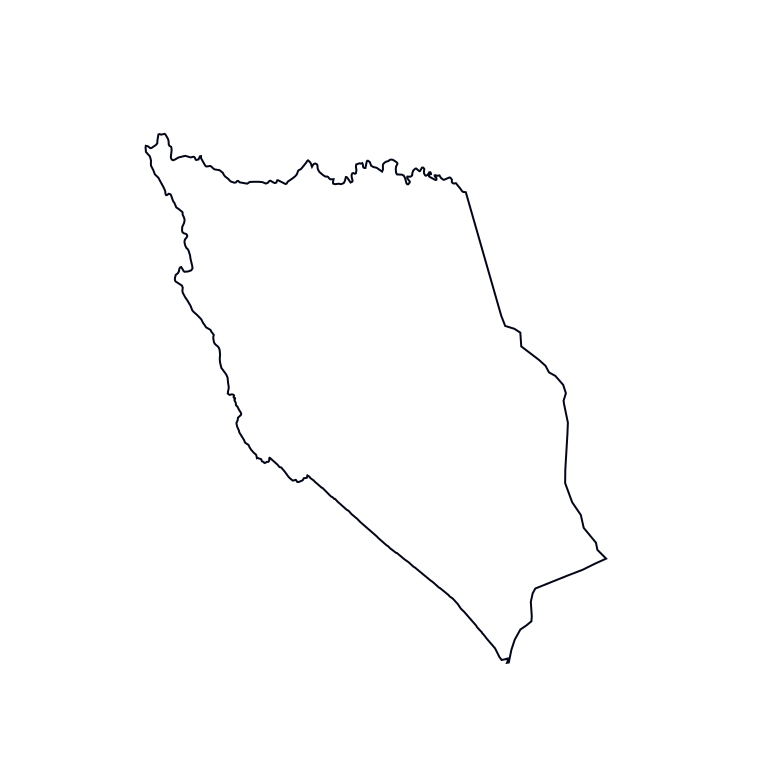 Boumba-Et-Ngoko, Est, Cameroon, rotated 164°
{"feature_id": "32672807B40314964499081", "entity_name": "Boumba-Et-Ngoko", "entity_type": "district", "adm_level": 2, "iso_a3": "CMR", "parent_name": "Cameroon", "parent_adm1": "Est", "projection": "equal_earth", "projection_center": [15.54, 2.833], "detail": "fine", "context": "isolated", "style": "outline", "palette": "ink", "viewbox_px": 768, "rotation_deg": 164, "n_neighbors": 0, "source": "geoboundaries", "source_scale": "gbopen_adm2", "svg_char_len": 6144}
<svg xmlns="http://www.w3.org/2000/svg" viewBox="0 0 768 768"><g transform="rotate(164 384 384)"><path d="M218.6,154.9L224.6,165.8L224.0,173.0L231.7,190.7L230.9,203.8L235.7,218.4L237.2,238.8L233.4,251.5L221.7,284.7L217.9,296.1L216.4,315.7L216.0,318.4L211.7,325.0L212.0,333.8L217.1,344.6L222.2,349.7L223.7,356.9L228.5,364.6L241.7,382.3L238.8,395.8L243.4,401.1L251.5,406.4L252.5,417.3L252.5,545.8L253.9,546.4L255.0,546.8L256.0,548.3L256.8,550.9L257.5,552.4L259.5,557.2L261.8,557.5L262.8,558.5L263.1,559.6L262.4,561.9L263.4,564.1L264.3,564.5L268.9,563.9L270.0,563.7L270.9,564.3L272.5,566.5L273.2,569.2L275.5,569.5L277.1,570.6L277.8,570.6L277.9,569.5L276.9,567.7L277.0,566.7L277.3,565.9L278.3,565.9L283.2,570.7L283.5,571.4L283.2,572.8L281.0,572.8L280.8,573.8L281.1,574.8L282.2,575.0L284.4,572.9L286.4,572.7L287.0,573.4L287.4,575.1L287.3,576.5L286.0,579.7L286.2,580.3L287.0,581.4L287.9,581.5L290.6,578.8L291.3,578.8L293.7,582.3L294.5,582.4L297.0,581.2L298.5,579.1L298.7,578.7L299.5,576.7L301.3,576.0L304.4,576.9L304.8,576.1L304.8,575.0L303.4,571.5L303.8,570.6L305.6,569.3L306.6,569.6L307.1,570.9L307.0,576.3L307.6,578.9L308.9,580.2L309.1,580.3L313.6,581.8L314.1,583.1L314.0,584.8L313.3,587.8L312.5,589.6L310.5,591.8L310.3,592.5L310.9,593.9L313.5,596.9L315.1,597.7L316.6,597.9L318.4,597.1L321.1,597.1L323.7,596.0L324.7,594.9L325.9,590.4L327.3,588.7L331.5,593.9L334.4,595.5L336.2,597.4L336.4,601.1L337.8,603.0L338.6,603.2L339.5,602.2L342.3,596.8L343.3,597.0L344.1,597.9L344.2,598.7L343.8,600.9L344.0,602.3L345.5,602.2L346.7,602.9L350.2,602.7L351.2,600.4L351.5,597.4L352.9,594.3L354.0,594.1L355.4,595.3L356.6,595.1L357.6,593.7L358.0,592.0L358.2,587.9L358.7,587.2L360.6,586.9L362.3,592.1L362.9,593.2L363.6,593.5L365.5,590.2L367.1,588.4L368.7,588.0L370.5,588.0L372.2,589.0L375.8,589.5L377.6,590.6L377.5,591.9L376.0,594.8L379.1,595.5L380.1,596.8L380.6,598.3L381.3,599.0L383.1,599.5L385.0,601.6L387.6,605.5L388.3,608.2L388.3,609.9L387.7,612.6L388.1,613.9L389.1,614.8L390.5,614.9L391.9,614.1L393.4,612.6L393.6,614.2L393.3,615.4L394.1,617.9L395.3,619.9L396.1,619.7L397.8,618.2L403.8,614.0L404.6,613.5L407.5,612.9L410.1,609.5L412.0,608.2L415.4,606.8L420.8,605.0L422.3,603.5L423.6,603.4L429.6,609.0L430.5,609.2L432.0,607.3L433.4,607.2L434.6,608.0L437.1,610.7L438.1,610.8L440.6,609.3L442.4,609.3L445.3,611.6L448.7,612.9L454.0,614.4L457.2,615.2L460.3,614.3L467.1,617.6L468.2,619.4L469.1,619.6L470.9,618.6L472.3,618.7L475.1,620.6L476.1,621.8L477.1,624.0L479.5,627.2L480.2,628.8L480.8,631.6L483.2,634.9L487.3,636.8L488.4,637.7L490.1,640.7L491.0,641.5L494.8,642.0L495.7,643.3L497.6,651.4L497.1,653.5L498.2,653.6L500.4,651.0L502.8,651.1L503.2,651.6L503.4,653.5L503.9,654.6L504.7,655.0L507.4,655.1L512.1,658.1L519.1,658.4L523.5,657.3L524.9,657.2L526.0,658.0L526.5,659.9L526.2,661.4L523.8,667.0L523.3,669.2L523.3,670.7L524.6,672.1L524.9,673.4L524.1,677.1L524.1,679.2L525.3,684.0L525.9,684.9L528.7,685.1L529.5,685.1L530.8,686.1L532.1,686.0L534.7,680.5L535.7,677.7L537.7,676.5L538.6,676.2L539.5,676.0L541.5,675.2L542.6,675.0L543.7,675.2L545.5,677.7L547.3,678.6L548.1,676.8L548.6,673.9L548.9,672.8L547.4,669.6L546.4,667.6L546.3,665.3L546.4,662.7L547.1,661.0L547.8,658.1L546.8,653.0L546.5,648.8L545.0,646.1L544.0,644.4L543.5,641.9L541.8,634.3L541.3,631.2L541.2,629.5L541.6,627.2L541.6,626.1L541.4,625.6L540.7,625.4L538.4,626.2L537.1,625.3L536.7,624.5L536.4,619.2L536.2,617.6L535.5,615.6L535.2,612.7L535.0,611.0L533.2,608.9L531.4,606.3L530.4,604.9L530.4,604.1L530.9,602.3L530.4,599.5L530.4,596.8L531.7,594.0L534.6,590.7L535.9,587.0L535.8,585.3L534.6,583.8L533.0,582.9L532.3,581.6L532.3,580.5L533.3,579.3L535.5,577.8L536.4,576.2L536.6,575.7L536.8,574.3L536.9,571.7L536.4,569.0L535.7,568.2L535.1,566.2L535.0,561.2L535.5,557.5L535.8,550.4L536.2,547.9L538.0,546.4L539.0,546.3L541.4,546.2L543.1,546.5L544.9,546.9L545.5,547.9L546.5,551.8L546.7,552.3L547.8,552.3L549.0,551.1L550.2,548.6L550.9,548.1L551.6,547.3L554.1,546.3L555.6,543.8L556.3,541.8L556.3,540.7L556.0,539.9L551.1,534.3L550.9,532.1L552.1,529.2L552.3,527.1L551.2,522.2L550.2,519.1L549.7,517.5L548.4,512.3L548.0,507.7L547.2,505.9L544.7,502.0L541.8,496.5L541.4,494.0L541.1,492.6L540.4,490.8L539.4,487.5L536.5,484.5L535.7,483.4L535.6,481.9L534.9,480.4L534.1,478.1L535.0,476.6L535.6,474.6L535.9,471.4L535.7,469.7L535.0,468.2L533.7,466.4L532.8,464.6L532.6,462.3L533.4,457.7L534.9,453.6L535.4,451.4L535.7,449.3L535.9,444.3L533.1,436.8L532.6,433.4L533.6,427.8L534.0,424.3L534.7,422.1L535.8,420.2L536.8,417.9L535.5,416.1L533.0,416.0L531.6,415.1L531.3,414.0L532.2,412.9L532.1,412.1L531.1,411.4L531.3,410.7L532.2,409.9L531.7,406.4L532.1,404.7L531.9,403.8L531.2,403.0L531.0,401.9L530.7,400.4L530.4,398.7L529.6,396.4L529.5,394.7L529.9,393.8L533.7,391.8L534.8,389.2L536.0,388.0L536.7,386.9L536.9,383.5L536.3,379.1L536.4,377.2L534.0,368.8L533.7,365.9L531.0,362.7L530.7,360.3L529.8,357.3L528.1,353.7L526.7,351.7L526.4,350.7L526.6,347.7L525.8,347.8L524.4,346.6L523.1,345.9L522.7,345.1L522.7,343.4L521.3,342.3L520.7,341.0L518.9,341.1L518.2,341.5L517.1,341.1L516.4,341.2L515.4,342.0L514.8,344.2L514.3,344.6L513.9,344.3L512.2,341.5L508.7,336.0L507.3,332.9L505.8,332.1L503.4,326.7L501.5,321.4L500.5,319.4L498.5,316.5L497.9,316.2L495.3,316.2L494.9,315.7L494.5,313.9L493.4,313.3L489.4,313.7L488.4,314.1L487.1,315.5L484.1,315.1L482.8,317.2L481.4,315.6L480.7,313.9L478.8,311.4L478.1,310.6L477.7,309.6L472.5,301.5L471.8,301.1L467.3,292.9L465.8,290.3L464.8,289.5L463.5,287.3L462.8,287.1L460.8,283.3L454.4,273.2L453.8,272.8L452.7,271.3L451.1,267.9L446.9,261.7L444.7,257.6L433.0,239.6L431.8,237.3L426.1,228.4L424.6,226.7L423.5,224.5L418.9,218.3L418.2,218.0L412.7,209.9L409.5,205.9L406.0,200.2L404.8,199.0L403.6,197.2L393.7,182.7L391.5,179.9L387.1,172.9L386.5,172.5L379.9,163.0L379.7,162.1L376.9,158.5L373.7,152.1L372.6,148.5L372.0,146.8L369.8,143.0L361.9,126.1L361.7,124.9L359.9,121.2L358.4,118.4L358.2,117.1L357.6,116.3L355.3,110.6L350.1,99.3L348.3,89.7L347.0,86.3L342.1,85.9L342.1,86.1L340.8,86.0L341.5,83.5L342.6,82.1L340.8,81.9L334.8,93.4L328.8,102.2L320.6,110.4L313.6,112.7L307.7,115.3L306.0,119.9L302.9,134.2L298.7,141.9L294.9,145.7L260.9,149.2L244.0,150.7L230.9,153.1L218.6,154.9Z" fill="none" stroke="#020617" stroke-width="2"/></g></svg>